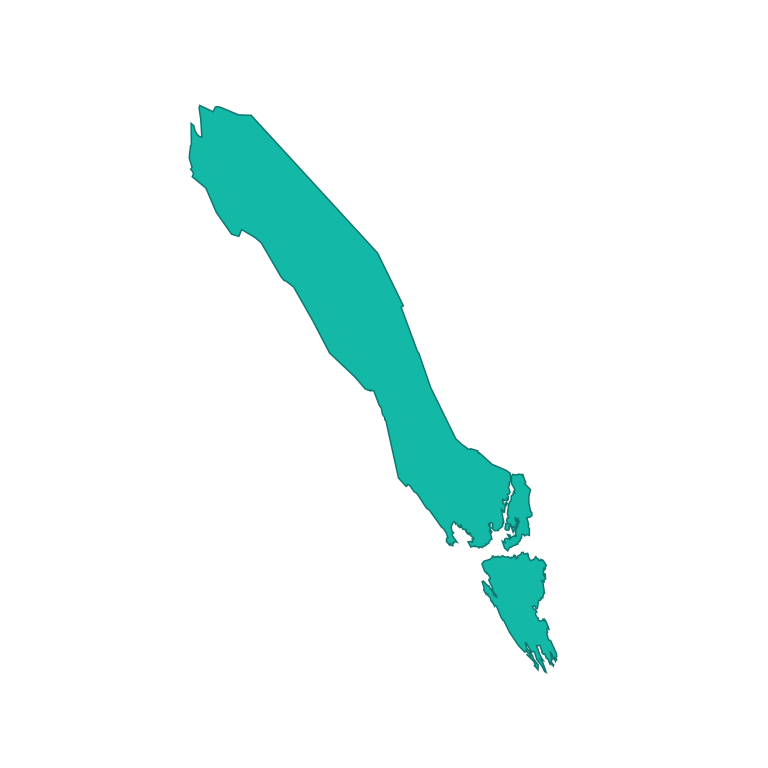 the district of Fosnes nor, Nord-Trøndelag, Norway, rotated 246°
{"feature_id": "86288312B47983318016023", "entity_name": "Fosnes nor", "entity_type": "district", "adm_level": 2, "iso_a3": "NOR", "parent_name": "Norway", "parent_adm1": "Nord-Trøndelag", "projection": "equal_earth", "projection_center": [11.532, 64.704], "detail": "fine", "context": "isolated", "style": "filled", "palette": "teal", "viewbox_px": 768, "rotation_deg": 246, "n_neighbors": 0, "source": "geoboundaries", "source_scale": "gbopen_adm2", "svg_char_len": 6103}
<svg xmlns="http://www.w3.org/2000/svg" viewBox="0 0 768 768"><g transform="rotate(246 384 384)"><path d="M292.2,359.0L281.5,362.5L281.8,364.3L282.7,364.5L281.2,366.2L273.3,367.7L271.3,369.2L268.7,369.9L253.6,372.2L250.1,374.2L229.4,378.4L227.8,379.6L222.2,380.3L217.4,379.8L217.6,378.7L217.0,378.0L214.6,377.0L210.1,378.4L211.1,379.5L210.0,379.5L207.6,381.4L209.1,381.0L210.8,382.5L210.1,382.5L211.2,385.0L209.8,386.4L217.7,384.8L219.3,385.5L219.7,387.1L222.4,386.2L226.4,387.4L229.6,391.2L229.3,392.4L227.1,392.5L227.6,393.1L226.2,393.9L224.8,393.6L222.1,394.8L221.9,395.5L223.7,395.8L224.1,397.1L219.3,396.8L217.6,399.8L216.5,399.6L216.6,398.9L213.6,399.2L212.0,400.4L213.5,400.5L212.3,401.7L213.0,401.7L212.6,402.2L209.3,401.8L207.7,403.2L206.2,403.2L206.7,401.6L203.8,401.0L203.5,400.1L204.8,399.6L205.6,396.6L199.7,397.0L199.3,400.9L198.6,400.9L196.5,404.4L195.7,404.2L196.2,405.5L194.5,407.6L195.4,408.3L195.0,411.1L196.2,412.0L195.5,412.2L196.0,414.9L196.7,414.9L197.3,416.8L198.6,417.6L198.4,419.5L205.0,420.5L204.0,420.9L204.4,421.6L206.6,420.9L205.8,422.3L208.4,421.7L209.1,423.1L212.5,421.9L213.5,422.8L212.8,423.2L214.6,423.2L212.7,423.7L214.1,425.0L213.7,425.7L211.4,426.5L210.7,425.3L208.9,425.1L208.6,424.0L205.2,425.2L203.6,428.9L204.6,429.8L205.7,434.4L208.8,435.9L209.4,436.6L208.3,436.6L208.7,437.1L221.8,440.2L219.8,441.3L218.0,441.2L217.9,441.9L223.0,444.9L223.3,446.5L224.7,447.2L224.4,447.9L225.8,447.8L225.9,446.3L224.5,445.4L225.5,444.2L229.5,444.8L230.4,445.7L228.5,446.2L228.9,447.5L227.2,448.5L227.6,449.9L229.1,450.0L228.3,450.8L230.4,451.8L233.0,451.6L232.7,453.8L234.2,455.2L239.0,455.6L241.1,457.8L242.9,458.2L243.8,460.5L251.2,462.9L255.5,460.4L266.6,450.1L282.4,443.1L282.0,442.5L283.1,441.7L284.8,442.5L289.6,436.9L289.1,436.4L290.3,434.5L297.4,430.4L304.8,427.3L361.8,425.2L397.4,428.3L401.0,427.9L447.3,430.9L447.5,433.5L506.2,431.4L683.5,371.9L689.0,360.6L703.6,346.9L705.4,344.1L705.5,342.5L702.2,338.6L713.4,329.0L711.3,327.3L700.5,324.3L683.6,318.0L685.4,315.9L688.1,314.8L692.0,314.3L697.1,315.3L700.5,313.8L680.4,305.1L680.4,304.2L670.0,298.1L659.8,296.7L658.8,294.6L655.2,295.8L653.3,295.2L651.3,293.1L635.4,301.0L609.0,300.6L582.8,305.7L577.9,311.4L582.9,316.8L570.1,325.9L562.7,329.3L523.9,333.5L519.2,334.8L518.1,336.2L509.4,340.9L470.4,344.7L434.5,346.9L402.0,360.4L387.2,364.8L384.0,367.8L384.2,368.9L383.0,369.1L383.2,369.9L382.0,371.9L366.3,371.0L363.1,371.7L357.0,370.3L352.8,371.0L351.1,370.1L349.7,370.8L292.2,359.0ZM155.6,391.3L150.7,391.7L151.4,392.1L149.8,393.5L148.8,392.9L145.7,394.1L142.8,393.6L140.5,394.0L140.9,394.5L136.0,394.6L136.7,395.4L134.8,396.4L123.3,396.0L119.6,396.5L119.1,397.2L106.1,397.7L89.9,400.6L81.9,403.5L81.8,404.9L83.6,405.5L80.3,405.9L78.3,407.3L75.7,406.9L79.3,404.2L69.4,408.1L65.3,407.7L65.4,406.9L60.4,408.5L64.7,410.6L72.6,408.7L74.8,409.3L79.3,408.5L84.3,407.0L90.0,407.9L89.3,408.6L78.9,409.8L78.9,411.8L77.9,412.5L70.2,411.5L62.3,413.5L56.0,413.8L54.6,414.9L64.7,415.7L68.9,414.8L66.5,417.0L73.2,416.2L83.0,417.0L81.8,420.0L75.5,419.7L74.8,419.0L72.2,419.7L71.7,421.1L68.0,420.7L65.3,422.0L61.3,421.6L61.6,422.2L60.9,422.1L61.9,423.2L58.6,423.3L58.9,424.2L57.8,424.2L58.8,424.9L59.6,424.1L62.6,423.9L65.8,425.8L72.2,426.9L68.3,427.5L63.9,426.5L64.9,428.1L61.2,427.8L62.6,428.9L61.5,428.9L61.8,429.6L64.0,429.7L65.0,431.1L67.9,431.9L82.0,431.8L83.2,430.3L84.4,430.4L90.2,431.2L90.5,432.4L93.8,432.9L94.6,433.9L94.8,435.0L94.0,434.6L91.8,434.9L101.0,435.4L103.6,434.9L102.6,434.0L105.2,433.7L103.8,433.3L103.4,430.7L106.0,428.8L107.7,429.7L108.6,428.8L111.5,428.6L113.5,429.6L113.4,430.8L114.7,430.9L116.2,430.7L117.0,429.5L120.0,429.0L120.5,429.7L119.8,431.5L117.2,431.6L116.6,432.8L123.3,437.2L122.8,438.8L123.6,440.3L124.7,440.3L124.0,442.0L128.1,444.9L127.6,445.5L138.2,448.5L141.2,447.7L138.1,449.0L138.0,449.9L139.5,449.9L140.3,452.5L144.5,452.2L142.8,453.4L144.8,454.0L146.0,452.9L148.5,453.3L148.4,454.4L150.6,454.9L149.4,456.2L151.9,457.5L152.2,458.5L158.2,457.7L159.8,456.0L158.8,455.9L159.9,454.0L159.0,453.7L161.4,453.8L162.6,452.6L164.5,452.5L162.7,449.1L163.2,445.9L168.0,445.5L168.3,446.2L170.9,446.4L171.5,443.0L173.6,442.7L174.1,441.1L172.9,440.2L172.5,437.2L172.1,435.9L171.0,435.7L170.6,433.6L173.0,434.4L174.7,433.5L174.6,432.6L172.8,432.2L173.9,429.8L173.0,429.0L175.6,427.3L176.7,423.9L178.7,422.7L179.0,421.3L178.2,419.7L180.4,418.1L179.7,416.9L180.9,416.0L180.6,414.4L182.4,413.9L182.6,412.7L181.4,412.3L180.7,409.3L181.5,403.4L179.7,400.2L172.0,399.8L170.5,400.2L170.0,401.3L168.9,400.7L167.7,401.8L164.0,402.2L162.9,401.9L163.0,400.6L162.0,399.9L153.0,400.3L152.4,399.4L150.9,399.3L144.1,400.6L143.4,400.1L147.3,398.2L148.7,399.3L151.3,398.3L153.1,399.2L152.8,398.1L156.9,397.7L157.4,396.8L163.5,394.6L163.6,393.3L156.2,392.4L155.6,391.3ZM249.1,464.7L247.7,462.8L241.3,460.0L234.9,460.6L233.5,460.2L233.2,458.7L231.3,459.1L231.7,457.5L230.2,456.9L230.0,454.8L226.3,453.1L224.0,449.5L215.5,444.0L211.1,443.2L211.4,442.3L209.5,440.5L205.4,440.5L206.8,439.9L206.9,438.5L202.5,435.6L201.0,436.1L199.9,438.2L200.2,439.3L202.9,440.2L202.4,441.1L203.9,441.5L204.2,442.4L205.8,442.4L201.9,442.7L201.1,443.2L201.0,444.8L200.3,444.8L200.9,442.1L196.1,441.7L200.3,446.9L202.4,447.9L203.3,450.7L205.2,450.9L205.4,450.1L204.3,450.0L204.8,448.5L209.2,449.4L206.5,449.9L205.9,451.1L206.4,451.8L202.7,451.2L202.1,449.6L201.4,449.6L201.3,447.8L200.1,447.3L200.3,448.5L201.1,448.6L200.0,448.7L197.3,445.1L195.5,444.7L195.5,443.8L191.2,443.0L192.4,441.8L191.6,441.8L192.4,439.7L191.3,436.5L193.1,437.6L194.9,437.5L196.2,435.7L192.1,435.9L191.9,434.3L193.2,433.3L193.4,431.7L192.2,430.4L189.8,430.0L192.3,428.1L185.0,427.4L181.3,429.2L184.0,432.8L183.2,433.7L183.7,436.5L183.2,438.6L183.8,439.5L183.3,441.1L184.6,441.9L185.6,444.9L187.2,445.8L187.3,446.9L190.5,448.7L190.2,450.1L188.0,450.6L188.3,453.5L186.5,455.2L192.6,458.0L195.2,457.7L196.9,459.1L203.9,460.1L203.0,463.0L203.6,465.6L206.6,466.7L208.0,466.1L216.4,468.0L222.3,470.5L227.9,474.9L235.6,472.0L236.2,473.3L244.7,474.0L244.1,473.2L245.7,472.4L247.0,470.0L246.7,468.7L249.1,464.7Z" fill="#14b8a6" stroke="#0f766e" stroke-width="1.5"/></g></svg>